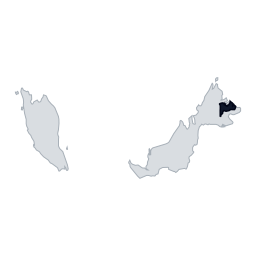 location of Kinabatangan, Sabah, Malaysia
{"feature_id": "92858781B11608738367966", "entity_name": "Kinabatangan", "entity_type": "district", "adm_level": 2, "iso_a3": "MYS", "parent_name": "Malaysia", "parent_adm1": "Sabah", "projection": "equal_earth", "projection_center": [118.123, 5.328], "detail": "fine", "context": "in_parent", "style": "filled", "palette": "ink", "viewbox_px": 256, "rotation_deg": 0, "n_neighbors": 0, "source": "geoboundaries", "source_scale": "gbopen_adm2", "svg_char_len": 5687}
<svg xmlns="http://www.w3.org/2000/svg" viewBox="0 0 256 256"><path d="M221.3,127.0L219.9,126.6L217.9,125.0L215.9,124.4L210.0,124.4L209.1,123.9L208.0,124.8L205.9,124.0L204.7,124.1L203.4,125.1L201.6,124.2L200.7,125.7L199.5,126.6L198.2,130.6L197.9,135.3L198.2,138.2L197.6,139.8L197.3,143.1L196.9,144.6L195.2,145.2L194.5,144.7L193.0,146.7L192.6,147.6L192.6,150.8L193.7,151.8L193.7,152.5L191.3,155.2L189.2,156.7L188.9,158.1L189.7,160.9L189.3,162.3L188.2,162.9L187.4,166.6L186.4,168.9L186.0,169.1L184.6,168.4L179.0,169.4L177.4,171.3L175.8,172.5L174.5,171.4L173.9,171.5L168.7,169.4L168.5,167.6L167.9,167.3L162.6,167.5L159.2,169.3L158.0,173.9L156.2,174.4L154.9,176.0L152.5,175.8L151.1,176.2L148.9,175.5L146.7,175.4L139.9,178.3L137.7,176.2L131.0,168.0L130.1,166.6L129.8,164.1L129.1,163.6L128.8,163.0L128.7,162.2L129.8,160.2L130.8,162.8L132.5,164.3L135.4,165.3L138.1,165.0L141.8,167.6L143.0,168.1L144.3,167.9L146.7,169.9L148.1,170.0L146.2,168.6L145.9,167.5L146.1,166.3L147.3,164.7L147.5,162.1L148.5,159.6L148.7,158.5L148.0,157.6L147.8,156.0L148.4,153.9L149.6,155.0L150.7,154.7L150.7,150.8L151.5,149.1L152.8,147.9L165.6,144.0L167.7,143.1L169.1,141.9L173.8,133.6L179.3,125.8L180.0,123.1L180.0,121.1L180.3,120.7L180.9,120.4L182.1,121.4L182.8,122.2L183.9,125.5L185.0,125.6L186.7,128.8L187.2,129.2L187.7,129.0L189.1,127.0L189.5,125.5L189.2,125.3L189.8,123.5L189.3,122.4L188.8,118.5L192.0,115.7L192.0,118.9L192.9,123.6L194.5,124.2L195.4,123.9L194.9,122.5L194.8,119.8L194.3,118.0L193.3,115.7L196.0,115.1L198.1,112.7L198.4,111.1L197.1,110.2L196.6,109.0L196.5,107.7L198.7,104.8L198.9,105.6L200.2,105.8L200.9,105.8L201.8,104.6L202.3,102.9L203.9,100.4L204.8,96.6L208.9,90.5L212.2,83.3L212.8,83.9L213.0,85.8L212.3,89.2L213.7,88.4L216.2,83.6L217.6,84.4L217.5,85.7L218.1,88.1L222.1,91.3L222.7,94.4L221.8,95.6L222.1,98.6L221.8,99.5L220.5,100.4L224.1,99.5L226.2,97.8L227.5,100.7L225.5,101.9L225.9,103.2L227.9,102.4L229.1,101.4L230.3,101.6L232.1,102.8L232.7,103.5L233.0,104.9L234.4,105.5L237.2,107.5L239.8,107.4L240.6,108.4L240.6,111.0L239.2,112.5L233.9,114.7L232.5,114.6L230.6,113.8L229.2,114.3L228.3,116.8L229.9,119.2L232.7,121.8L233.0,122.5L232.5,123.7L226.3,125.7L225.0,125.5L222.7,124.3L221.3,127.0ZM20.8,91.8L21.5,88.2L22.5,88.1L23.4,90.1L26.7,91.7L27.7,91.2L28.1,91.5L28.5,92.0L29.4,94.8L31.5,94.9L31.7,99.3L30.7,101.0L30.6,102.2L32.1,104.2L33.0,103.7L33.8,101.9L37.2,100.0L38.6,102.0L39.9,102.0L40.8,101.3L41.6,98.9L43.0,97.1L43.5,94.9L45.5,95.5L46.3,96.0L48.4,100.7L51.4,104.1L53.5,106.0L54.9,107.8L58.4,116.4L58.9,119.2L59.0,123.5L58.4,130.0L57.7,133.2L57.8,134.7L58.7,137.0L58.5,139.2L58.5,146.1L59.7,148.6L62.8,151.6L67.4,164.9L68.2,168.7L67.8,170.1L66.9,170.5L66.2,169.7L65.8,167.9L64.7,166.5L64.8,169.1L62.8,168.7L61.4,169.2L59.7,171.0L58.9,171.0L57.5,167.7L52.2,163.8L50.3,162.9L48.2,160.0L43.6,156.8L40.7,153.7L39.4,151.7L36.4,150.0L35.1,148.0L33.8,146.9L34.5,144.9L33.9,141.2L31.8,137.8L30.8,135.4L28.8,133.1L27.3,130.1L28.2,129.2L26.7,126.1L26.2,123.8L26.2,119.5L24.6,113.4L23.3,105.0L23.6,102.1L23.3,98.9L20.8,91.8ZM216.4,80.5L215.7,81.4L215.5,79.1L216.4,77.9L217.8,77.7L217.8,79.7L217.5,80.3L216.4,80.5ZM17.7,91.4L18.5,93.1L17.9,94.0L17.4,93.8L16.4,94.5L15.5,92.9L15.4,92.1L16.5,92.3L17.7,91.4ZM150.1,154.2L149.7,154.4L149.2,153.8L149.0,149.1L149.4,148.7L149.9,149.6L150.1,154.2ZM23.1,107.8L22.3,110.0L21.4,109.7L21.6,107.2L22.1,106.9L23.1,107.8ZM224.9,126.7L223.3,127.0L222.2,127.0L222.3,125.7L222.8,125.5L224.9,126.7ZM67.5,149.3L66.7,149.3L66.5,148.7L67.1,147.1L67.5,149.3ZM34.1,145.3L33.5,145.6L33.6,144.6L34.0,144.1L34.1,145.3Z" fill="#d9dde1" stroke="#a8b0b8" stroke-width="1"/><path d="M235.5,106.5L235.6,106.3L235.4,106.1L235.2,106.0L235.1,105.9L234.9,105.8L234.6,105.6L234.2,105.1L233.9,104.7L233.7,104.4L233.6,104.2L233.4,104.1L233.2,104.3L233.0,104.6L232.9,105.0L232.9,105.4L232.7,105.6L232.7,105.9L232.6,106.1L232.5,105.9L232.5,105.7L232.6,105.4L232.7,105.2L232.8,105.1L232.8,104.8L232.8,104.6L232.8,104.4L233.0,104.2L233.1,103.9L232.9,103.7L232.7,103.4L232.3,103.0L231.4,102.3L230.8,101.9L230.7,101.8L230.6,101.7L230.4,101.5L230.2,101.3L230.2,101.6L230.3,101.8L230.5,101.9L230.5,102.0L230.4,102.2L230.4,101.9L230.2,101.8L230.1,102.4L229.9,102.8L229.7,103.1L229.7,103.3L229.6,103.5L229.4,103.6L229.3,103.8L229.2,104.0L229.2,104.4L228.1,105.3L227.9,105.1L227.4,105.3L227.4,106.2L226.6,106.2L226.6,105.5L225.5,105.4L225.0,105.0L225.4,104.0L225.2,104.0L225.1,103.9L224.8,103.8L224.2,104.4L224.0,103.9L224.1,103.6L224.0,103.2L223.7,103.6L223.5,103.4L223.1,103.4L222.8,102.7L222.8,102.8L222.7,102.8L222.5,103.0L222.4,103.0L222.1,103.0L221.8,103.0L221.7,103.1L221.6,103.3L221.4,103.3L221.1,103.3L220.9,103.4L220.6,103.4L220.4,103.4L220.0,103.6L219.6,103.9L219.6,104.0L219.6,104.3L219.7,104.5L219.8,104.7L219.9,104.8L220.1,104.9L220.2,105.0L220.3,106.5L220.3,109.8L220.2,109.9L220.2,116.8L220.2,116.6L220.3,116.4L220.6,116.4L220.7,116.2L220.8,116.0L220.8,115.8L220.7,115.6L220.6,115.4L220.6,115.0L220.7,114.9L220.9,114.9L221.4,114.6L221.5,114.5L221.6,114.3L221.6,114.2L221.8,114.0L222.0,113.8L222.2,113.7L222.3,113.7L222.5,113.5L222.6,113.3L222.6,113.1L222.6,112.9L222.6,112.7L222.6,112.3L222.8,112.1L222.8,111.8L222.9,111.5L223.0,111.4L223.3,111.2L223.5,111.1L223.6,110.9L223.6,110.7L223.9,110.5L224.0,110.6L224.4,110.8L224.7,110.8L224.9,110.7L225.1,110.8L225.3,111.0L225.7,111.2L226.0,111.2L226.5,111.2L227.1,111.0L228.5,110.7L229.0,110.6L229.4,110.4L229.6,110.3L230.0,110.0L230.1,109.8L230.2,109.7L230.3,109.5L234.4,109.6L234.5,109.6L234.7,109.4L234.7,109.2L234.8,109.1L234.9,108.8L235.0,108.7L235.0,108.4L235.2,108.2L235.3,108.1L235.3,107.9L235.4,107.7L235.5,107.6L235.6,107.4L235.5,107.1L235.5,106.9L235.5,106.7L235.5,106.5Z" fill="#0f172a" stroke="#020617" stroke-width="1.5"/></svg>